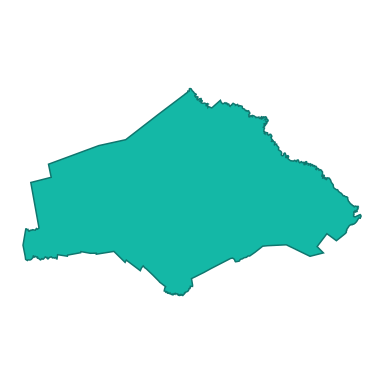 Tormac, Timis, Romania (Mercator projection)
{"feature_id": "2599482B36761723771512", "entity_name": "Tormac", "entity_type": "district", "adm_level": 2, "iso_a3": "ROU", "parent_name": "Romania", "parent_adm1": "Timis", "projection": "mercator", "projection_center": [21.482, 45.522], "detail": "fine", "context": "isolated", "style": "filled", "palette": "teal", "viewbox_px": 384, "rotation_deg": 0, "n_neighbors": 0, "source": "geoboundaries", "source_scale": "gbopen_adm2", "svg_char_len": 6042}
<svg xmlns="http://www.w3.org/2000/svg" viewBox="0 0 384 384"><path d="M323.4,252.9L317.1,246.6L326.9,233.7L336.4,240.7L345.0,233.8L346.0,232.8L346.4,232.0L346.2,231.2L346.8,230.3L346.7,229.6L349.2,225.8L350.7,224.7L351.9,224.8L352.2,224.2L352.8,224.4L353.8,224.1L355.1,223.2L356.6,221.6L358.4,218.6L359.1,218.0L360.2,218.2L360.2,217.8L361.0,216.7L360.9,215.4L360.2,214.6L358.8,215.1L358.6,215.7L357.8,215.6L355.4,216.8L354.1,216.7L353.6,216.2L353.8,215.7L353.5,215.0L354.0,214.4L353.8,213.0L354.0,212.7L353.8,212.2L354.0,211.8L355.2,212.0L355.0,211.2L355.1,210.8L356.5,211.6L357.0,211.5L357.2,211.2L356.9,210.2L357.1,209.8L357.3,209.6L357.3,209.3L358.1,208.8L357.6,207.8L358.4,207.0L358.2,206.6L358.0,206.3L357.0,206.5L355.4,206.1L354.2,206.8L353.7,205.9L352.4,205.5L351.9,204.6L350.5,203.8L349.1,201.8L348.5,201.3L347.7,198.8L347.7,197.6L346.8,196.8L345.4,196.7L344.4,195.8L343.4,195.9L342.9,195.6L342.6,194.8L341.2,193.2L340.3,192.8L338.5,191.4L337.7,189.9L337.1,189.6L336.3,189.7L334.0,188.0L333.5,187.2L333.2,184.8L331.3,182.3L330.6,180.1L329.2,178.1L327.0,177.8L326.8,178.0L326.8,179.1L326.2,179.6L325.8,179.2L325.4,177.9L325.2,177.7L324.7,177.7L324.3,178.4L323.6,177.6L322.7,178.0L322.8,177.2L323.8,176.7L324.3,176.0L324.2,175.4L323.4,175.1L322.7,175.3L322.4,176.2L321.9,176.2L321.9,175.5L322.5,174.0L322.5,171.9L321.7,171.1L321.5,170.3L320.2,169.7L319.1,170.2L318.7,168.9L318.1,168.5L317.2,168.5L316.4,169.6L315.9,169.4L315.8,169.1L316.2,168.7L316.7,167.3L315.8,166.2L314.3,166.7L314.1,166.4L314.2,165.7L312.8,165.9L312.8,164.9L312.0,164.5L310.8,165.7L310.5,164.9L310.6,164.0L310.1,163.7L308.9,164.9L308.4,165.0L308.5,163.8L308.0,163.4L307.0,163.5L306.0,164.2L305.9,163.6L306.7,162.2L306.6,161.8L306.1,161.6L304.9,162.4L304.5,164.3L304.2,164.6L304.0,164.2L304.0,162.9L303.7,162.3L302.2,162.7L301.7,161.8L301.3,161.6L299.8,162.8L298.9,161.9L298.5,160.4L298.0,159.9L296.9,160.3L296.5,161.5L296.3,161.6L294.8,160.3L294.2,160.5L293.7,161.1L290.5,160.7L288.3,159.0L288.0,158.2L288.6,156.7L288.1,155.7L287.5,155.7L287.0,156.0L286.8,157.6L285.8,157.5L285.7,157.1L286.0,155.5L285.3,153.5L284.9,153.0L284.3,153.2L283.6,154.2L283.6,155.0L283.2,155.5L282.3,155.8L281.5,155.3L281.3,154.6L281.7,153.2L281.4,152.0L280.7,151.2L278.5,149.8L278.7,147.4L276.8,145.4L276.6,144.1L275.7,144.2L274.5,144.8L274.4,144.2L275.1,142.7L275.0,142.1L273.5,141.6L273.1,140.6L272.6,140.8L272.0,141.5L271.5,141.4L272.1,140.2L272.2,139.6L271.6,139.2L271.4,138.0L270.9,137.2L271.8,136.6L271.8,136.0L270.8,134.4L270.0,134.2L268.7,135.3L267.6,134.4L266.9,134.7L267.7,133.9L267.5,132.8L265.5,132.4L265.2,132.7L265.0,133.9L264.2,133.1L264.8,132.3L264.6,131.7L263.8,131.4L264.0,129.4L264.5,128.1L263.4,127.2L264.3,126.5L264.2,125.5L264.9,125.8L265.7,124.7L264.3,123.8L264.7,123.6L266.0,123.8L266.7,123.5L266.7,122.8L266.2,122.1L266.0,121.3L267.4,121.8L268.1,120.8L268.0,120.1L267.3,119.2L266.4,118.9L265.5,119.2L266.5,118.1L266.5,117.6L265.8,116.8L265.1,116.8L264.1,117.7L263.7,116.9L263.2,116.9L262.5,118.4L261.8,118.9L261.7,118.6L262.0,117.0L261.4,116.7L260.1,118.6L259.3,118.1L258.9,117.0L257.9,117.5L256.7,117.2L256.0,117.7L255.4,116.9L254.2,116.0L252.5,115.4L252.1,115.5L252.0,116.6L250.8,115.7L249.8,116.9L249.0,116.8L248.8,116.2L249.1,115.3L248.7,114.7L249.8,113.4L249.6,112.3L248.7,111.6L248.7,110.9L248.2,110.7L247.1,111.3L246.6,110.5L245.5,110.6L244.5,109.1L242.5,108.4L242.3,106.8L242.0,106.2L239.2,105.5L238.9,105.7L238.9,106.2L238.6,106.3L237.6,104.4L235.6,105.3L235.7,104.8L233.1,103.3L231.3,105.1L231.4,105.3L230.5,105.6L230.1,106.4L229.5,106.0L228.8,104.1L228.0,103.9L227.4,104.5L226.7,103.0L225.8,103.5L225.0,102.7L223.3,103.7L222.6,103.7L221.3,102.5L220.4,100.3L211.8,107.9L208.5,106.6L207.9,107.4L207.6,105.1L207.2,105.0L206.4,105.8L206.2,105.8L206.1,105.3L206.4,105.0L208.2,104.0L207.4,103.5L206.2,104.0L204.8,103.1L202.9,103.4L201.2,102.8L201.2,102.2L202.1,101.3L202.2,100.8L201.6,100.6L200.1,101.5L199.6,101.1L201.2,99.7L201.4,99.2L201.0,98.5L199.1,98.9L197.9,100.0L197.2,99.7L196.9,98.9L197.8,97.7L197.9,97.0L197.0,96.7L195.6,97.1L194.8,95.8L195.1,95.1L196.0,95.0L196.2,94.3L194.4,93.2L193.5,91.9L192.2,90.7L191.1,88.8L190.0,88.5L189.4,88.8L189.2,91.1L187.9,91.0L187.5,92.3L186.4,93.1L186.5,93.1L159.0,113.9L125.7,139.7L98.8,145.6L48.5,164.2L51.2,177.3L30.8,182.5L39.0,228.0L37.3,229.2L36.4,228.5L35.3,230.2L32.7,229.7L31.8,230.3L31.1,230.0L29.1,231.3L28.6,231.0L28.6,230.2L27.5,229.8L27.6,229.4L26.9,229.5L26.2,228.8L25.8,228.9L23.0,245.2L25.2,256.3L25.6,259.4L27.4,260.5L28.1,259.8L30.0,260.0L31.3,259.4L33.2,257.2L33.1,256.2L33.4,255.9L34.0,256.2L34.3,257.1L35.6,256.4L36.4,257.0L37.4,257.0L37.5,258.2L38.3,258.2L40.4,259.9L40.9,259.7L41.7,258.6L42.1,258.6L42.8,259.2L43.4,259.1L45.3,256.9L46.2,257.5L47.1,257.5L47.2,258.5L47.8,258.9L48.4,258.7L49.1,257.6L51.3,256.8L52.4,257.9L53.4,257.7L54.5,258.1L55.6,257.6L56.2,258.1L56.4,258.8L57.0,258.9L57.6,254.7L67.4,256.2L67.6,255.1L80.7,252.7L80.9,251.6L90.4,253.3L96.3,253.2L96.3,254.2L113.9,251.4L125.1,262.4L126.3,260.1L140.3,270.7L141.5,267.9L143.2,265.9L144.7,267.7L146.3,268.8L152.9,275.1L159.6,281.9L159.6,282.1L165.6,286.7L164.8,288.0L164.2,290.9L164.8,291.0L165.8,292.2L166.5,291.7L166.9,292.3L167.7,292.3L168.1,292.7L167.8,293.2L168.9,293.3L169.3,293.6L170.0,293.0L170.4,293.8L171.2,294.3L172.0,294.1L172.3,294.8L172.6,294.7L172.4,294.3L172.8,294.1L173.5,294.6L174.1,293.7L175.1,294.3L175.3,293.9L175.2,293.4L175.5,293.3L176.7,293.9L177.1,293.8L177.3,294.4L178.2,294.3L179.0,294.7L178.6,295.3L179.6,295.5L180.6,295.2L180.8,294.6L181.4,295.0L181.8,294.5L182.1,294.6L182.4,295.4L182.8,295.5L184.5,293.7L184.4,293.3L185.0,293.1L185.0,292.5L187.8,291.3L189.0,289.5L189.0,288.7L189.6,288.2L190.0,288.3L190.0,287.9L190.4,287.2L190.4,286.3L192.5,286.4L192.6,285.2L191.5,278.6L204.0,272.4L211.3,268.4L230.7,258.4L232.7,258.1L234.4,259.4L235.2,261.5L235.6,261.8L238.9,261.2L239.5,260.9L239.9,259.9L240.8,259.2L242.5,258.8L243.9,257.8L246.4,257.3L248.2,255.9L249.7,256.0L255.0,252.3L262.7,246.2L267.5,245.7L286.3,244.8L310.0,256.3L323.4,252.9Z" fill="#14b8a6" stroke="#0f766e" stroke-width="1.5"/></svg>